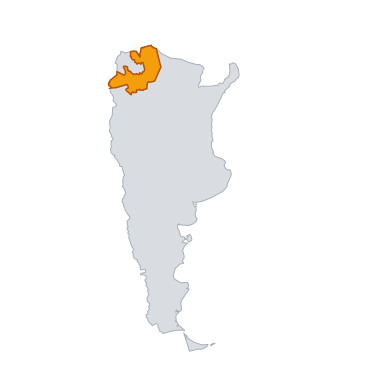 Argentina, with Salta highlighted, rotated 345°
{"feature_id": "ARG-1303", "entity_name": "Salta", "entity_type": "Province", "adm_level": 1, "iso_a3": "ARG", "parent_name": "Argentina", "parent_adm1": "", "projection": "orthographic", "projection_center": [-65.55, -24.191], "detail": "fine", "context": "in_parent", "style": "filled", "palette": "amber", "viewbox_px": 384, "rotation_deg": 345, "n_neighbors": 0, "source": "natural_earth", "source_scale": "10m", "svg_char_len": 8097}
<svg xmlns="http://www.w3.org/2000/svg" viewBox="0 0 384 384"><g transform="rotate(345 192 192)"><path d="M232.3,120.9L229.9,124.7L230.2,127.3L227.8,133.3L228.2,134.5L226.4,137.4L226.7,140.5L225.7,143.5L225.8,147.3L225.1,148.4L223.7,148.7L222.3,153.9L223.2,159.0L222.1,160.0L223.7,163.8L229.3,167.3L232.0,170.7L232.0,172.1L230.3,174.0L230.0,175.7L230.6,178.1L232.0,179.6L234.7,180.7L234.7,184.0L234.1,186.1L228.3,193.2L226.8,196.3L221.8,199.4L209.1,202.5L199.3,203.6L193.8,203.2L190.1,201.6L190.3,205.8L192.1,207.0L191.1,207.1L191.9,207.8L191.3,211.2L190.1,211.9L189.2,214.7L189.1,217.1L190.1,219.1L189.0,221.1L184.8,223.1L179.9,223.5L170.9,220.2L171.3,219.6L170.8,219.4L169.3,220.1L168.7,222.9L169.7,227.2L169.3,230.9L169.9,232.1L173.1,233.6L172.8,235.0L173.9,235.2L176.2,234.9L176.5,233.7L175.3,233.2L178.5,232.3L179.6,233.9L179.6,237.7L179.0,238.7L176.6,239.4L175.9,239.2L174.6,236.5L173.4,235.9L169.9,237.3L169.5,238.2L174.6,240.2L170.8,242.2L167.9,245.7L167.8,252.1L167.1,253.9L165.1,255.6L164.8,256.8L165.5,257.6L165.2,258.8L161.4,258.4L158.7,260.4L156.3,261.1L152.0,268.3L152.7,271.8L157.7,276.8L163.8,278.1L164.6,279.8L164.3,281.8L163.6,283.0L161.4,284.1L163.3,284.1L164.1,285.1L153.6,294.2L152.3,296.8L151.8,302.2L151.0,303.3L148.9,304.4L147.4,303.3L146.2,301.4L146.3,303.0L144.4,303.6L146.8,303.6L147.9,304.9L144.8,306.9L144.0,308.7L143.7,311.1L142.5,312.6L143.5,312.3L144.6,317.0L142.2,317.4L145.2,318.1L148.9,323.5L148.6,323.9L148.5,323.3L139.4,321.2L127.4,321.2L127.5,320.5L124.4,317.7L124.8,315.6L124.2,313.9L124.7,312.2L124.1,310.3L123.0,309.7L119.2,311.0L116.4,305.8L116.3,302.9L115.4,301.1L115.8,298.7L117.9,298.5L118.2,295.9L120.7,293.8L120.5,291.4L122.0,290.0L122.2,288.8L120.5,285.7L121.3,282.2L123.9,279.5L123.4,276.2L124.8,274.5L123.3,270.2L124.8,268.2L123.9,267.2L123.7,264.9L125.3,264.2L126.1,261.6L124.3,259.4L121.2,258.9L120.9,257.7L126.4,257.3L127.0,255.5L126.6,254.4L122.3,254.1L122.2,251.5L123.0,249.9L122.0,248.3L122.2,246.8L121.0,244.6L122.0,243.6L119.0,241.4L118.7,237.6L119.3,236.6L118.7,234.6L121.1,232.6L119.7,229.0L119.4,221.9L118.9,220.1L120.3,217.1L119.3,215.3L120.4,213.7L119.7,210.2L121.0,209.8L121.6,203.5L124.9,201.5L125.5,200.2L122.7,192.4L122.8,189.4L122.2,188.0L122.7,186.2L122.0,183.7L122.9,180.6L125.2,179.3L125.3,178.2L127.7,176.1L127.3,170.9L126.1,168.3L127.3,167.3L128.0,163.4L129.7,159.2L131.2,158.4L130.7,153.7L131.1,149.4L129.0,148.6L129.3,145.6L128.5,144.9L128.0,141.7L126.4,138.9L126.2,137.6L127.0,136.7L125.4,135.7L124.1,133.1L124.3,130.7L124.5,129.0L126.2,127.7L125.8,126.6L127.1,121.6L128.9,121.2L129.7,119.4L128.7,118.5L128.9,115.5L127.9,111.3L129.5,109.1L130.7,102.3L134.7,97.5L137.3,89.9L139.5,89.8L141.8,88.1L139.3,83.3L140.8,80.1L139.0,73.7L139.5,71.3L140.9,69.8L139.2,67.4L139.7,65.4L141.9,63.0L149.8,59.4L152.7,49.3L151.1,47.6L155.3,41.7L158.5,40.6L159.8,37.6L163.8,40.5L170.8,40.6L174.3,41.8L176.8,47.6L180.5,39.9L190.2,39.7L192.1,42.6L195.7,45.8L198.2,50.2L206.0,57.2L215.9,60.9L221.9,65.7L229.0,69.9L232.5,71.0L235.1,73.8L235.6,75.9L233.9,77.4L232.5,80.3L230.5,81.9L229.6,83.8L229.6,86.2L225.6,90.9L225.6,92.6L229.4,92.4L238.3,94.9L242.7,95.1L244.0,96.0L246.5,93.9L250.3,95.1L253.0,91.4L255.6,90.8L258.4,88.3L260.0,85.1L261.1,78.0L262.5,78.6L265.1,77.8L267.3,79.4L268.6,85.6L267.7,91.3L266.4,93.5L263.6,94.6L262.0,96.1L257.7,97.0L255.1,99.9L249.6,102.7L249.7,104.5L248.0,104.2L238.3,115.5L232.3,120.9ZM148.4,345.1L147.6,326.5L150.1,330.1L149.0,329.9L148.7,331.6L150.6,332.0L151.6,334.1L155.8,338.2L161.9,342.2L167.9,343.4L166.2,345.4L160.4,346.4L157.0,345.3L148.4,345.1ZM170.2,344.7L172.0,343.9L175.5,343.9L170.9,345.3L170.2,344.7ZM193.3,204.8L193.1,205.7L191.9,204.3L193.3,204.8Z" fill="#d9dde1" stroke="#a8b0b8" stroke-width="1"/><path d="M149.9,59.1L150.7,56.5L150.9,56.7L151.3,56.9L151.5,57.2L151.8,57.3L152.0,57.3L152.5,57.8L152.9,58.2L153.0,58.5L153.3,58.5L153.5,58.8L153.8,59.2L154.1,59.5L154.9,59.9L155.0,60.0L155.3,60.3L155.6,60.7L155.8,60.9L156.1,61.1L156.5,61.2L156.8,61.3L157.3,61.3L157.6,61.1L158.1,60.5L158.2,60.4L158.3,60.4L158.4,60.2L158.5,59.9L158.6,59.6L158.7,59.4L158.7,59.1L158.7,58.7L158.8,57.7L158.8,56.8L158.8,56.3L158.7,56.0L158.4,55.4L158.4,55.2L158.2,54.7L158.2,54.3L158.2,54.0L158.4,53.1L158.5,52.9L158.8,52.9L159.3,53.1L159.5,53.1L159.8,53.3L160.2,53.3L160.3,53.3L161.5,54.1L161.9,54.4L161.9,54.5L161.9,55.0L161.9,55.7L161.8,55.9L161.8,56.0L161.7,56.5L161.6,57.5L161.7,57.8L161.9,58.0L161.8,58.3L162.1,58.9L162.3,58.9L162.5,58.8L162.9,58.9L163.3,59.3L163.8,59.6L164.0,60.1L163.9,60.5L164.0,60.7L164.3,61.2L165.2,62.4L165.4,62.7L165.5,62.9L165.9,63.1L166.0,63.2L166.3,63.0L166.6,63.1L166.9,63.4L167.1,63.5L167.3,63.5L167.5,63.5L167.9,63.7L168.2,63.8L168.6,63.7L168.8,63.6L169.1,63.4L169.3,63.6L170.1,64.3L170.4,64.5L171.2,64.8L171.3,64.8L171.5,64.8L171.5,64.7L171.9,63.8L172.2,63.4L172.3,63.4L174.0,64.9L174.3,64.4L174.6,64.1L175.1,63.7L175.6,63.5L175.7,63.2L175.8,63.2L176.0,63.1L176.4,63.1L176.6,63.1L176.9,62.9L177.1,62.7L177.7,61.9L178.0,61.4L178.1,60.9L178.0,54.6L178.0,54.4L177.9,54.3L177.6,54.2L176.5,54.2L176.3,54.2L176.1,54.6L176.0,55.0L175.9,55.1L175.7,55.3L175.5,55.1L175.0,54.5L174.7,54.2L174.4,54.0L174.0,53.9L173.7,53.7L173.4,53.7L172.9,53.8L172.6,54.1L172.3,54.2L172.1,54.1L171.9,54.1L171.8,53.9L171.7,53.5L171.7,53.4L171.4,52.8L171.3,52.5L171.1,52.2L170.7,52.0L170.5,51.9L170.4,51.8L170.3,51.7L170.5,50.8L170.7,50.0L170.6,49.7L170.5,49.4L170.4,49.3L170.2,49.2L169.2,49.1L168.8,48.9L168.7,48.8L168.6,48.6L168.5,48.0L168.3,47.7L168.2,46.8L168.2,46.6L168.2,46.1L168.4,45.7L168.0,45.3L167.9,45.3L167.7,45.3L167.6,45.2L167.7,44.8L167.7,44.6L167.7,44.4L167.9,44.0L168.0,43.7L168.3,43.1L168.6,42.7L168.6,42.0L168.6,41.7L168.8,41.2L169.0,40.8L169.0,40.7L170.6,40.5L172.3,40.9L172.9,41.2L173.2,41.3L173.6,41.2L173.8,41.3L174.0,41.4L174.2,41.5L174.4,41.6L174.5,41.6L174.8,42.0L174.9,42.4L174.8,42.5L174.7,42.7L174.6,42.9L174.7,43.1L175.0,43.3L175.0,43.6L175.0,43.8L175.3,44.1L175.4,44.3L175.9,44.8L175.9,45.0L175.7,45.2L175.7,45.3L175.6,45.7L175.6,45.8L175.9,46.0L176.1,46.5L176.4,46.6L176.5,46.9L176.5,47.1L176.5,47.4L176.6,47.5L176.6,48.0L176.8,48.0L176.8,47.9L177.0,47.2L177.1,46.3L177.5,44.8L177.6,44.6L178.1,44.2L178.3,43.8L179.0,42.1L179.2,41.9L179.3,41.8L179.6,41.1L179.7,40.6L179.8,40.4L180.0,40.3L180.1,40.2L180.2,39.7L180.4,39.6L180.6,39.6L181.5,39.6L182.0,40.1L182.5,39.7L183.0,39.6L188.7,39.7L190.0,39.7L190.5,39.8L190.6,40.3L190.6,40.6L190.6,40.9L190.7,41.0L190.8,41.2L191.3,41.4L191.6,41.7L191.7,41.8L191.8,42.0L192.0,42.1L192.2,42.3L192.1,42.5L192.1,42.8L192.6,42.9L192.8,43.1L193.0,43.4L193.5,43.5L193.8,43.9L194.4,44.4L194.6,44.4L194.3,60.5L194.3,63.2L187.4,71.8L184.6,75.2L180.0,75.1L178.0,74.4L177.7,74.4L177.5,74.6L175.6,78.7L175.6,78.9L175.5,79.4L175.5,79.6L175.2,80.2L175.1,80.6L173.2,80.6L172.6,80.5L172.4,80.5L171.9,80.7L171.7,80.9L171.5,81.0L171.3,81.1L171.1,81.1L170.9,81.0L170.6,80.9L170.4,80.7L170.1,80.8L168.4,80.1L168.2,79.9L168.1,79.5L168.0,79.2L167.9,79.1L167.7,79.2L167.4,79.3L166.9,79.5L166.7,79.6L165.9,79.4L165.6,79.4L165.1,79.3L164.9,79.1L164.7,79.2L164.6,79.3L164.6,80.0L164.5,80.5L164.5,80.9L164.5,81.0L164.4,81.2L164.3,81.3L164.0,81.3L161.4,80.9L161.0,80.7L160.8,80.4L160.6,80.1L160.2,80.0L159.9,80.1L159.7,80.2L159.6,80.6L159.3,80.7L159.2,80.8L159.1,81.0L158.7,82.0L158.4,82.2L158.2,82.1L158.0,81.8L157.4,81.2L157.2,81.0L156.9,80.1L156.7,79.9L156.5,79.4L155.8,78.5L155.0,77.4L154.8,77.1L154.7,76.6L154.7,76.2L154.8,75.8L154.9,75.7L155.1,75.5L155.3,75.3L156.0,75.3L156.3,75.2L156.7,75.2L156.9,75.2L157.4,74.8L157.5,74.7L157.5,74.3L157.7,73.5L157.7,73.4L157.7,73.2L157.4,72.9L157.3,72.6L157.2,72.5L157.1,71.7L157.0,71.4L156.9,71.4L156.6,71.3L146.0,71.6L139.9,70.5L140.1,70.4L140.4,70.4L140.5,70.4L140.9,70.3L141.0,70.1L141.0,69.9L140.8,69.7L140.5,69.4L140.3,69.1L140.3,68.8L140.4,68.7L140.2,68.4L140.1,68.2L139.9,67.9L139.7,67.9L139.4,67.8L139.3,67.7L139.1,67.1L139.1,66.9L139.1,66.7L139.6,65.8L139.7,65.5L139.7,65.2L139.8,65.1L140.1,65.3L140.2,65.1L140.3,64.9L140.6,64.1L140.8,64.0L141.1,64.1L141.4,63.9L141.7,63.4L141.8,63.1L142.0,62.9L144.0,62.0L148.4,60.0L149.3,59.6L149.7,59.4L149.9,59.1Z" fill="#f59e0b" stroke="#b45309" stroke-width="1.5"/></g></svg>